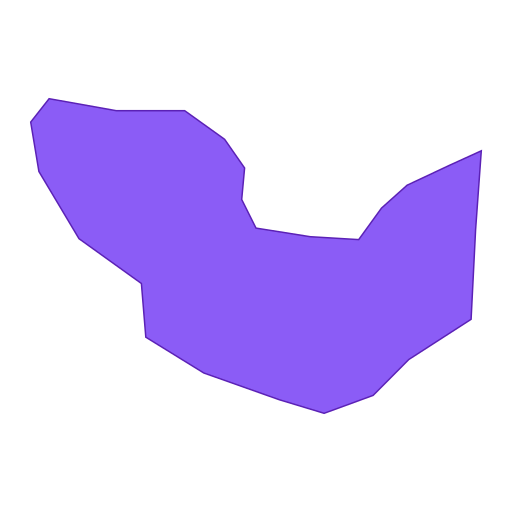 the district of Avlona, Nicosia, Cyprus
{"feature_id": "46923920B38965206429869", "entity_name": "Avlona", "entity_type": "district", "adm_level": 2, "iso_a3": "CYP", "parent_name": "Cyprus", "parent_adm1": "Nicosia", "projection": "albers", "projection_center": [33.1, 35.159], "detail": "fine", "context": "isolated", "style": "filled", "palette": "violet", "viewbox_px": 512, "rotation_deg": 0, "n_neighbors": 0, "source": "geoboundaries", "source_scale": "gbopen_adm2", "svg_char_len": 450}
<svg xmlns="http://www.w3.org/2000/svg" viewBox="0 0 512 512"><path d="M30.7,122.1L38.9,171.5L79.0,238.7L141.4,283.5L145.8,337.2L203.8,373.0L279.5,399.8L324.1,413.3L373.1,395.4L408.8,359.5L471.1,319.3L475.6,229.7L481.3,150.8L449.9,165.1L407.1,185.2L381.5,208.1L358.7,239.6L310.2,236.7L256.0,228.1L241.7,199.5L244.6,168.0L224.6,139.3L184.7,110.7L150.5,110.7L116.3,110.7L49.1,98.7L30.7,122.1Z" fill="#8b5cf6" stroke="#5b21b6" stroke-width="1.5"/></svg>